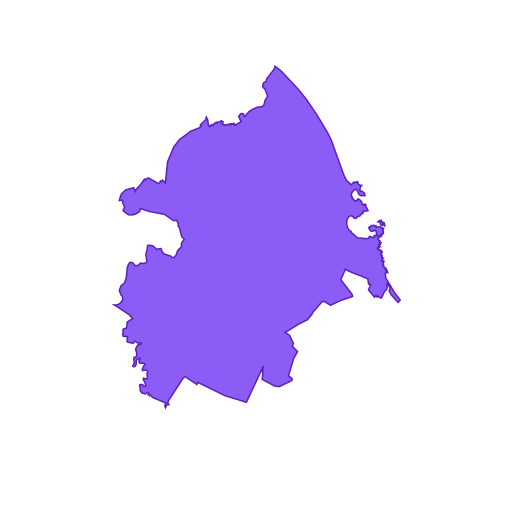 the district of Acapulco de Juárez, Guerrero, Mexico, rotated 208°
{"feature_id": "50627088B85761395013038", "entity_name": "Acapulco de Juárez", "entity_type": "district", "adm_level": 2, "iso_a3": "MEX", "parent_name": "Mexico", "parent_adm1": "Guerrero", "projection": "robinson", "projection_center": [-99.858, 16.959], "detail": "fine", "context": "isolated", "style": "filled", "palette": "violet", "viewbox_px": 512, "rotation_deg": 208, "n_neighbors": 0, "source": "geoboundaries", "source_scale": "gbopen_adm2", "svg_char_len": 6142}
<svg xmlns="http://www.w3.org/2000/svg" viewBox="0 0 512 512"><g transform="rotate(208 256 256)"><path d="M218.0,118.1L195.8,122.3L197.8,162.4L196.0,156.8L195.5,156.8L192.6,150.0L178.6,149.9L174.1,151.6L165.9,162.8L166.4,164.6L171.1,165.6L174.6,183.1L174.4,191.1L181.4,193.3L181.9,196.4L189.4,201.9L194.4,202.0L186.5,215.6L180.7,223.8L179.3,230.6L179.3,233.3L176.1,247.1L173.7,247.9L167.0,247.5L160.7,256.1L151.7,265.6L153.4,267.4L170.0,274.9L170.9,286.3L166.4,286.2L146.6,288.4L143.4,284.0L141.3,284.5L140.8,278.9L132.0,275.2L131.8,277.1L130.6,276.7L130.6,277.4L129.4,276.9L128.9,278.0L127.2,277.4L125.6,277.7L125.8,285.2L125.0,287.3L125.3,289.6L127.1,292.3L127.1,293.4L122.4,290.6L122.2,287.8L118.7,285.3L108.7,281.7L108.0,284.8L116.2,288.5L131.2,297.6L133.6,301.0L133.5,302.4L133.0,302.6L133.5,302.7L133.2,303.2L133.6,303.4L133.2,303.7L133.7,304.0L132.7,304.0L134.8,305.6L135.6,305.4L135.5,306.0L136.3,305.9L137.1,306.5L137.3,306.1L137.6,306.0L138.7,307.2L139.9,307.1L140.1,308.4L139.6,308.8L140.5,309.3L140.3,310.1L141.1,310.4L140.8,311.0L142.0,310.5L142.4,310.7L142.1,311.3L142.7,311.0L143.4,312.1L143.5,313.0L142.6,313.2L142.5,313.7L143.3,313.5L143.6,313.9L143.6,313.3L144.3,313.6L144.8,315.6L145.8,315.4L146.3,316.7L146.7,316.5L147.2,317.4L146.9,317.7L147.3,317.7L146.8,317.9L147.2,318.1L146.8,319.2L148.6,319.8L149.6,318.7L150.4,319.7L152.0,319.2L152.4,319.6L152.4,320.3L151.8,320.5L152.0,321.3L151.4,321.4L151.1,322.3L151.9,322.1L151.8,322.7L151.2,322.8L153.1,323.7L151.7,324.7L152.5,325.7L151.8,325.9L151.8,326.4L152.7,326.2L152.8,326.8L153.5,326.9L153.6,327.5L156.3,327.9L156.7,328.5L156.4,329.6L155.5,330.5L157.1,331.2L154.5,332.4L154.5,332.9L155.7,333.7L154.8,334.3L154.9,335.1L154.0,335.6L155.0,337.1L155.5,337.1L156.0,339.0L157.2,339.2L156.5,340.3L157.2,340.3L157.3,339.9L160.5,340.1L163.3,337.7L163.7,338.3L163.9,337.9L163.8,338.5L164.4,339.0L164.8,338.7L164.6,338.3L166.7,338.5L167.5,337.1L168.6,337.0L168.5,335.6L169.8,334.7L169.7,334.0L168.3,332.7L165.9,331.8L164.1,333.1L163.2,334.6L162.5,334.6L160.9,333.8L160.1,331.9L159.3,331.8L159.0,330.7L161.3,329.5L160.7,328.8L161.1,327.1L165.0,326.9L164.3,326.8L165.0,326.4L165.0,324.4L167.7,322.6L172.2,321.0L173.0,320.2L175.7,319.7L180.5,321.1L181.6,321.0L184.0,322.5L186.2,322.5L188.8,324.4L190.8,326.7L192.3,329.5L192.7,332.0L192.5,334.5L191.3,335.9L189.3,336.5L187.8,335.6L185.9,335.7L185.2,336.6L184.6,338.8L183.1,340.0L183.2,341.4L182.0,343.1L182.3,344.1L181.7,344.5L182.3,345.4L182.2,346.2L179.8,347.3L178.4,348.7L182.3,351.4L183.0,352.7L184.2,353.0L184.7,352.6L184.0,352.1L184.5,351.4L186.7,351.5L187.9,353.3L190.4,354.3L192.5,354.3L193.0,354.0L192.8,352.9L193.4,352.4L193.2,351.8L195.3,351.0L197.3,352.4L198.3,352.3L199.2,353.7L200.5,354.4L201.0,356.5L200.8,358.6L200.4,360.3L199.0,361.9L198.4,362.0L193.8,358.6L191.8,358.5L188.2,360.4L189.5,362.3L193.0,363.0L193.8,362.3L195.2,362.6L196.5,366.7L196.5,367.2L195.7,367.6L196.0,368.1L196.8,367.3L198.7,367.4L200.3,367.9L200.7,369.1L201.6,369.0L202.9,368.0L203.0,367.1L204.4,367.1L205.3,363.6L211.5,365.2L216.4,368.7L243.8,393.5L250.8,398.6L269.9,410.0L285.4,418.1L296.5,422.9L320.6,431.1L328.3,432.5L327.7,429.6L329.7,417.6L329.1,415.0L330.7,412.2L329.9,409.2L328.6,408.1L326.5,407.6L320.7,402.6L321.1,397.8L319.9,393.2L320.4,391.1L324.7,388.0L327.6,384.3L329.9,380.5L331.4,374.0L332.5,374.3L333.7,375.6L335.7,375.1L336.3,374.3L336.9,371.2L332.2,367.5L336.0,361.5L336.9,362.2L337.7,362.0L337.4,362.6L338.0,362.8L339.3,360.4L339.8,361.2L341.2,360.4L341.3,359.4L342.0,358.6L342.6,358.9L343.9,358.2L344.3,356.9L346.7,357.0L347.2,356.2L347.7,356.7L348.0,359.0L350.4,359.1L350.4,357.3L351.5,357.2L352.6,356.0L352.4,355.2L353.8,355.5L354.3,354.0L355.0,353.8L355.0,351.3L355.7,351.7L357.0,351.1L357.3,349.5L357.8,349.2L357.2,348.8L357.5,348.4L359.3,349.1L362.7,353.7L365.1,355.3L365.0,354.3L364.2,353.6L366.7,345.4L365.4,344.9L366.3,342.5L372.7,335.0L373.0,333.7L378.2,323.1L379.8,313.5L378.3,297.7L370.3,277.9L374.2,279.1L374.1,277.6L375.7,277.4L375.3,276.0L376.2,274.2L387.7,274.4L389.1,272.7L389.3,271.3L390.6,271.5L391.5,264.7L393.2,258.1L392.9,256.4L396.1,258.9L402.1,253.2L404.0,247.5L402.8,240.8L400.2,242.5L397.7,239.5L395.0,237.6L394.6,233.6L387.9,232.5L384.3,234.3L381.9,236.7L379.6,240.6L380.3,243.6L371.3,245.2L356.2,249.8L345.3,248.5L342.9,250.2L339.7,248.1L339.1,246.1L338.3,246.0L336.8,244.9L330.9,238.4L327.0,236.9L327.8,234.0L327.5,231.3L326.4,230.0L326.2,228.8L327.7,224.2L327.0,218.9L327.7,216.5L328.6,215.7L329.7,215.3L331.2,215.9L338.4,214.6L341.5,216.1L342.8,217.7L343.7,217.9L346.8,215.3L352.0,216.6L356.4,214.9L356.5,213.7L355.3,211.0L354.0,205.7L349.7,199.9L349.8,198.7L351.6,196.7L354.5,195.6L355.8,192.4L356.9,191.3L358.1,190.8L361.3,192.1L363.0,192.0L364.4,190.9L364.7,189.1L364.4,185.8L360.4,176.1L359.4,170.4L361.2,166.5L360.5,161.3L357.0,158.3L355.0,157.7L353.0,154.6L353.8,150.5L354.8,148.7L356.3,147.1L358.1,146.3L340.3,144.6L335.6,142.7L338.8,137.0L337.2,133.9L336.6,131.4L338.8,129.4L338.9,128.5L337.0,125.2L337.0,124.1L335.5,122.7L331.8,124.5L331.2,124.2L331.1,122.9L329.7,120.0L328.6,119.7L323.4,121.3L323.3,123.3L322.7,123.9L319.4,123.6L317.1,125.2L316.1,125.1L316.2,123.9L318.6,122.1L318.7,118.2L318.5,117.1L315.7,114.2L314.5,112.0L314.5,110.7L316.1,109.3L315.3,107.1L313.4,104.8L313.2,100.9L311.9,100.7L310.9,101.9L310.9,104.0L312.7,108.0L311.0,111.1L310.1,110.8L309.9,107.9L308.4,106.7L305.1,108.5L303.4,108.6L303.4,103.0L302.5,101.5L299.5,103.7L297.5,103.4L296.9,101.9L297.1,100.9L294.4,96.9L295.1,95.8L297.9,95.4L297.8,94.3L293.5,91.1L292.4,89.4L293.8,88.5L295.9,89.2L297.7,88.3L298.2,87.5L294.5,82.3L292.1,81.5L288.8,82.4L288.5,83.8L286.9,84.9L285.7,83.4L286.0,83.1L284.5,83.2L284.3,82.7L283.9,83.4L282.6,83.6L281.4,82.5L267.0,83.8L265.8,80.5L264.7,79.5L264.9,82.6L263.1,83.8L263.8,84.5L265.0,84.6L265.3,88.4L263.0,113.7L262.1,116.2L247.8,114.8L248.1,117.1L218.0,118.1ZM160.5,342.0L158.8,342.2L158.5,343.6L155.5,342.8L157.1,343.3L157.2,344.1L157.6,344.7L158.4,344.6L158.5,345.3L159.3,344.8L159.5,345.4L160.7,345.1L162.2,346.3L162.6,345.5L163.5,345.5L163.4,344.8L164.2,344.2L164.4,343.4L162.8,344.1L160.5,342.5L160.5,342.0Z" fill="#8b5cf6" stroke="#5b21b6" stroke-width="1.5"/></g></svg>